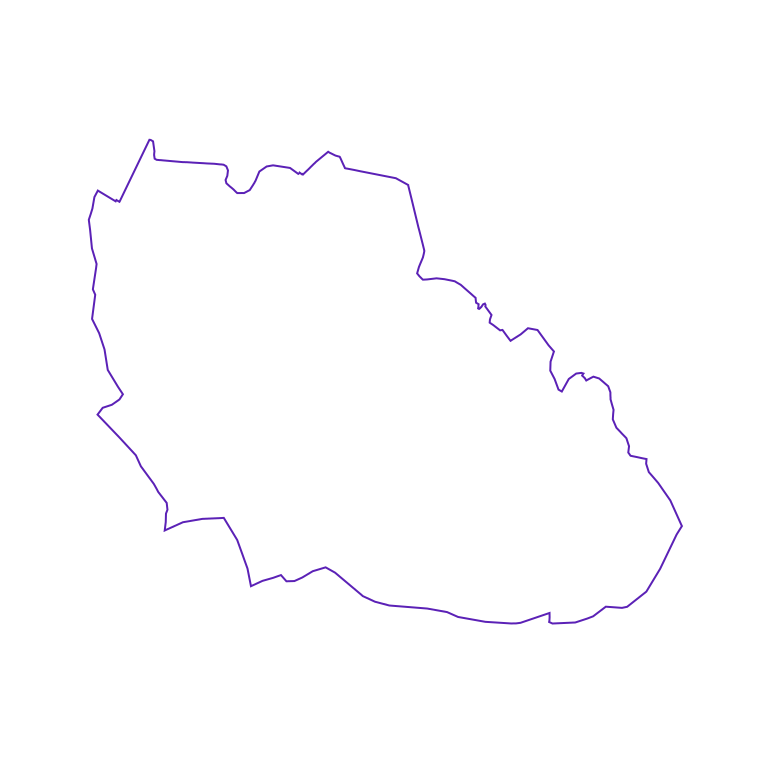 outline of Kereneik, Western Darfur, Sudan, rotated 277°
{"feature_id": "16777658B41209809376669", "entity_name": "Kereneik", "entity_type": "district", "adm_level": 2, "iso_a3": "SDN", "parent_name": "Sudan", "parent_adm1": "Western Darfur", "projection": "albers", "projection_center": [22.962, 13.294], "detail": "fine", "context": "isolated", "style": "outline", "palette": "violet", "viewbox_px": 768, "rotation_deg": 277, "n_neighbors": 0, "source": "geoboundaries", "source_scale": "gbopen_adm2", "svg_char_len": 4634}
<svg xmlns="http://www.w3.org/2000/svg" viewBox="0 0 768 768"><g transform="rotate(277 384 384)"><path d="M167.9,576.9L166.8,580.4L170.6,602.9L175.9,614.2L178.9,619.9L190.0,631.3L190.8,647.5L192.5,652.5L209.9,669.7L234.2,680.6L270.3,692.8L279.3,697.0L279.4,696.9L303.3,682.4L319.2,668.2L325.5,661.3L328.8,657.6L336.8,653.9L341.5,653.7L341.8,649.2L342.3,643.9L342.8,637.6L342.9,637.4L343.2,637.1L343.4,636.9L344.7,635.8L345.4,635.1L345.8,634.8L349.0,634.8L350.2,634.8L352.1,634.8L356.5,632.7L359.3,631.4L359.6,631.3L359.8,631.1L360.4,630.4L363.6,626.4L364.1,625.8L365.4,624.3L366.7,622.7L368.9,620.0L376.8,615.4L382.2,615.1L386.3,615.0L392.1,612.5L395.3,611.2L395.9,610.9L396.0,610.9L396.5,610.7L398.3,610.5L398.6,610.4L400.4,610.1L401.1,610.0L402.7,609.8L403.3,609.7L404.0,609.4L405.3,608.7L406.1,608.3L409.1,606.8L409.2,606.7L409.3,606.6L409.6,606.0L410.1,605.3L410.3,605.1L410.7,604.4L410.9,604.1L412.6,601.6L413.0,601.0L415.5,597.2L415.7,596.9L416.4,593.1L416.8,591.0L416.8,590.9L416.4,590.4L416.1,589.9L415.4,588.9L415.2,588.6L412.4,584.7L412.1,584.3L412.2,584.2L412.3,584.1L412.5,584.0L412.6,583.9L412.9,583.7L413.0,583.6L413.5,583.2L414.0,583.0L414.1,582.8L414.2,582.7L414.3,582.5L414.5,582.2L415.0,581.7L416.0,580.3L416.3,579.9L416.4,579.7L416.6,579.6L417.0,579.8L417.8,580.2L418.2,580.4L418.4,580.4L418.7,580.6L419.1,578.6L417.8,573.5L411.5,566.8L398.2,561.4L399.7,557.9L409.8,552.7L417.5,547.4L426.5,546.6L437.0,548.7L442.4,542.7L456.3,529.8L456.9,520.1L449.9,513.6L442.3,504.3L446.4,500.3L452.1,495.0L451.4,492.7L455.9,485.1L457.2,482.5L457.8,481.4L461.0,481.3L465.6,482.3L473.3,475.1L474.8,475.2L476.1,474.3L475.1,472.6L472.1,471.1L471.8,470.6L471.1,470.3L470.1,469.2L470.5,468.2L472.1,468.3L473.3,468.2L474.7,468.2L475.3,466.9L475.9,465.5L478.3,464.9L480.7,464.4L481.6,463.0L481.8,462.7L487.0,455.1L489.3,451.7L489.6,451.3L491.8,448.1L493.8,443.4L494.5,441.9L494.6,441.6L494.6,441.2L494.8,439.3L495.3,432.6L495.4,431.2L495.3,423.3L493.0,413.9L492.3,409.9L492.7,409.3L495.3,406.0L497.8,403.4L498.5,403.5L504.3,404.4L507.3,405.2L512.2,406.6L514.4,407.2L517.8,407.6L520.4,407.8L520.8,407.8L521.0,407.8L521.4,407.7L521.7,407.6L521.8,407.5L522.0,407.5L522.5,407.3L527.5,405.4L536.8,401.8L538.9,401.0L539.1,400.9L540.4,400.4L543.6,399.1L571.0,388.8L584.4,383.7L584.5,383.7L589.7,370.7L592.3,334.3L592.8,328.5L593.3,321.1L593.3,320.8L593.3,320.3L593.4,319.3L593.4,319.2L593.5,318.9L594.3,318.5L595.4,317.8L597.3,316.6L602.6,313.4L603.2,313.0L603.6,312.7L604.0,312.5L604.2,312.2L604.3,311.4L604.4,310.6L604.7,308.7L604.8,308.0L605.5,306.0L606.4,303.5L606.5,303.2L606.8,302.2L607.3,301.1L607.5,300.7L607.7,300.3L604.3,297.1L601.9,294.8L600.0,293.0L596.2,289.4L594.5,288.1L594.4,288.0L594.0,287.6L592.2,286.2L591.2,285.4L590.6,284.9L589.4,284.0L587.0,282.1L586.8,281.9L585.1,280.5L582.1,278.1L582.5,277.5L582.1,277.1L583.5,274.5L583.1,274.4L582.1,273.3L587.0,264.4L587.5,247.9L587.5,247.2L585.6,241.0L579.7,234.4L570.4,231.8L569.5,231.5L569.2,231.3L567.7,230.8L567.2,230.5L565.6,229.8L560.1,227.1L556.5,221.9L556.5,221.7L556.4,221.4L556.4,221.1L556.3,220.6L556.3,220.3L556.3,220.0L556.2,219.5L556.2,219.3L556.1,219.0L556.1,218.8L556.1,218.6L556.0,218.2L555.9,217.3L555.7,215.6L555.6,215.1L556.2,214.2L557.1,213.0L558.3,211.5L558.7,211.0L560.1,208.9L561.4,206.8L562.4,205.4L564.0,203.1L567.2,201.9L571.5,203.1L577.0,203.1L580.8,201.0L582.1,198.1L582.1,196.6L582.1,196.1L582.1,195.9L582.1,195.7L582.0,194.7L581.9,188.7L581.3,180.9L581.2,178.8L580.8,172.7L580.4,166.5L580.4,166.2L580.2,162.7L580.1,161.0L579.7,157.4L579.7,156.8L579.6,154.6L579.6,154.0L579.3,145.5L579.0,136.5L579.0,135.4L578.9,134.2L578.8,131.0L579.7,128.9L583.3,127.9L585.1,127.8L587.0,127.8L596.7,125.2L597.7,122.9L597.8,122.7L597.8,122.1L597.8,121.6L597.8,121.4L533.0,99.4L532.6,99.2L534.0,96.0L532.6,95.4L541.1,76.4L540.8,76.3L540.0,76.0L534.3,73.8L532.6,73.7L522.6,73.2L517.0,72.2L511.0,71.0L501.2,73.5L483.0,77.6L468.1,84.1L464.0,84.1L442.5,83.5L437.4,86.5L413.0,86.3L399.7,95.1L384.2,102.4L364.3,108.1L348.8,120.3L342.0,126.1L336.4,123.3L330.2,116.4L326.1,107.7L318.7,103.4L299.1,127.4L283.0,146.4L272.7,152.7L256.8,167.7L252.2,171.1L249.3,173.1L239.5,182.8L232.8,184.4L228.8,183.4L220.4,184.2L211.9,184.2L222.3,201.3L228.0,220.2L231.0,238.2L231.6,241.3L211.3,257.3L197.7,264.2L191.7,267.2L184.2,271.0L167.1,276.6L173.8,287.4L178.1,297.6L181.8,305.0L176.3,311.2L177.5,319.1L182.0,326.5L189.5,336.1L194.9,348.4L190.8,358.4L171.9,387.4L170.9,388.8L166.8,401.6L164.8,416.3L166.4,454.2L165.3,474.4L161.8,485.9L160.3,513.6L161.8,539.2L162.5,544.3L163.6,548.6L176.9,576.2L172.6,576.8L169.6,577.0L167.9,576.9Z" fill="none" stroke="#5b21b6" stroke-width="2"/></g></svg>